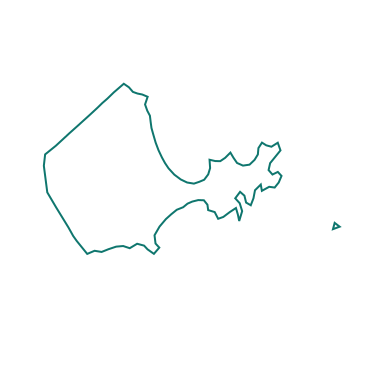 the district of Armação dos Búzios, Rio de Janeiro, Brazil, rotated 15°
{"feature_id": "56859067B15483842761864", "entity_name": "Armação dos Búzios", "entity_type": "district", "adm_level": 2, "iso_a3": "BRA", "parent_name": "Brazil", "parent_adm1": "Rio de Janeiro", "projection": "robinson", "projection_center": [-41.919, -22.776], "detail": "fine", "context": "isolated", "style": "outline", "palette": "teal", "viewbox_px": 384, "rotation_deg": 15, "n_neighbors": 0, "source": "geoboundaries", "source_scale": "gbopen_adm2", "svg_char_len": 1518}
<svg xmlns="http://www.w3.org/2000/svg" viewBox="0 0 384 384"><g transform="rotate(15 192 192)"><path d="M106.8,278.9L113.1,274.0L120.2,273.3L126.1,268.9L132.9,264.4L139.5,262.0L146.4,262.4L152.4,256.2L159.6,256.2L163.9,258.9L171.2,261.6L174.8,254.2L170.1,251.2L167.0,243.5L169.6,233.8L173.8,224.9L177.7,218.9L181.9,213.1L187.4,209.0L190.7,204.4L194.7,201.2L200.1,198.2L205.6,196.9L210.2,200.3L212.3,205.3L219.1,205.5L224.2,211.1L228.7,208.0L233.7,201.6L238.6,196.1L242.2,202.0L245.1,207.8L245.4,197.5L241.0,190.5L235.4,186.9L238.4,179.4L243.6,182.0L247.0,188.2L252.2,189.6L253.0,182.2L252.4,174.0L256.5,167.0L259.2,172.8L265.2,167.0L270.7,166.3L273.3,160.4L274.3,153.3L269.7,150.4L265.2,154.3L260.3,151.0L260.0,143.9L263.4,136.3L266.7,128.9L262.1,122.2L257.0,127.7L251.6,127.7L246.8,126.2L244.8,132.4L245.9,138.7L244.1,144.8L240.5,150.7L234.4,153.3L228.0,152.3L223.2,148.2L218.9,144.0L215.2,150.4L211.3,154.9L206.4,156.1L200.6,156.3L203.3,164.2L203.1,170.8L200.6,177.0L196.5,180.2L191.7,183.4L184.8,184.1L177.9,182.8L170.4,179.8L163.2,175.2L158.4,171.0L154.0,166.4L148.9,160.4L144.1,153.7L139.5,146.1L136.3,140.7L134.0,135.2L131.6,129.2L127.8,125.1L124.0,119.6L124.5,111.5L118.7,110.7L113.8,111.0L109.0,110.6L104.0,107.2L98.1,105.1L90.7,116.0L86.1,123.7L82.4,129.2L78.7,135.4L72.9,144.6L62.8,160.2L58.6,166.6L48.5,182.6L40.4,193.7L42.1,205.0L52.3,229.8L64.7,242.0L81.8,258.2L88.7,265.3L93.3,269.1L106.8,278.9ZM343.6,187.3L337.8,184.9L337.8,191.4L343.6,187.3Z" fill="none" stroke="#0f766e" stroke-width="2"/></g></svg>